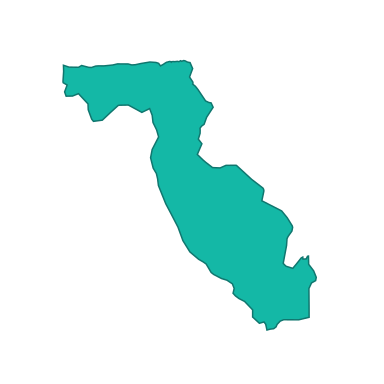 Numan, Adamawa, Nigeria, rotated 258°
{"feature_id": "59680162B26521045145337", "entity_name": "Numan", "entity_type": "district", "adm_level": 2, "iso_a3": "NGA", "parent_name": "Nigeria", "parent_adm1": "Adamawa", "projection": "robinson", "projection_center": [11.846, 9.467], "detail": "fine", "context": "isolated", "style": "filled", "palette": "teal", "viewbox_px": 384, "rotation_deg": 258, "n_neighbors": 0, "source": "geoboundaries", "source_scale": "gbopen_adm2", "svg_char_len": 2171}
<svg xmlns="http://www.w3.org/2000/svg" viewBox="0 0 384 384"><g transform="rotate(258 192 192)"><path d="M105.1,292.6L105.1,291.6L102.8,289.8L103.3,286.6L105.3,286.8L104.8,285.1L102.8,282.7L99.5,278.7L96.4,274.7L99.8,268.6L101.8,267.2L103.3,266.4L120.1,273.4L126.5,275.2L128.5,276.7L133.0,281.6L136.5,283.1L138.1,283.0L147.0,279.8L154.8,275.8L168.9,258.5L177.5,262.3L178.5,262.6L179.8,262.6L181.1,262.2L191.9,253.0L208.8,241.0L209.1,240.1L211.0,230.8L210.9,230.3L209.7,224.5L211.6,217.2L218.3,211.5L221.1,209.4L227.6,205.0L237.1,211.7L242.4,209.2L247.7,212.1L250.6,212.8L252.7,213.1L254.4,215.0L255.7,217.9L257.6,219.1L262.1,221.9L270.5,230.3L275.2,229.2L276.1,227.0L278.3,224.2L290.8,219.2L294.7,217.3L297.4,215.1L298.0,215.5L299.3,215.7L305.0,213.5L312.6,218.3L319.0,217.0L320.0,214.6L321.8,212.4L322.3,211.2L322.2,210.5L322.0,209.1L322.4,208.7L322.8,208.1L322.3,206.8L322.3,206.0L322.8,205.0L323.1,202.0L323.3,201.5L323.5,200.7L323.6,199.9L323.7,199.2L323.3,198.7L323.7,198.5L323.9,198.2L324.3,197.5L324.3,196.5L324.2,195.4L324.2,194.1L323.7,192.6L322.8,190.4L321.9,187.4L324.8,186.1L326.2,183.7L327.9,177.8L328.3,169.1L328.3,163.0L328.8,159.5L330.5,156.2L331.2,153.0L332.8,145.7L332.7,140.9L333.7,131.8L334.8,126.9L335.2,124.0L334.7,119.6L335.4,116.9L338.7,110.3L337.8,107.7L337.6,106.9L339.7,97.7L342.7,92.6L336.6,91.5L327.0,88.8L325.7,88.7L322.6,92.1L316.4,88.2L311.9,88.8L310.7,95.1L311.8,101.4L299.8,108.6L294.0,107.6L284.2,109.0L281.6,110.3L280.9,119.2L286.5,128.4L292.0,137.8L292.0,139.0L290.3,147.8L280.3,159.5L282.4,167.9L275.3,169.0L268.1,168.3L260.1,170.3L252.8,170.8L241.9,161.9L234.1,158.6L223.4,159.0L217.5,161.0L211.9,161.1L205.3,160.5L185.9,163.9L176.1,166.7L160.5,171.0L146.3,173.0L133.8,177.5L124.8,184.5L121.2,188.5L118.6,190.9L109.3,194.0L106.8,196.1L101.2,202.9L98.5,207.8L93.8,212.4L88.9,213.2L84.4,211.1L81.3,212.9L78.0,215.8L74.0,220.7L64.1,226.8L57.1,225.3L49.6,230.6L49.9,235.4L47.3,236.6L41.4,236.6L41.6,239.9L41.3,243.5L42.6,246.2L44.8,247.7L47.4,251.5L48.0,255.1L44.8,269.8L45.1,280.5L57.1,283.0L73.3,286.3L78.2,290.0L79.6,294.5L82.7,295.8L89.6,294.6L97.0,291.1L105.1,292.6Z" fill="#14b8a6" stroke="#0f766e" stroke-width="1.5"/></g></svg>